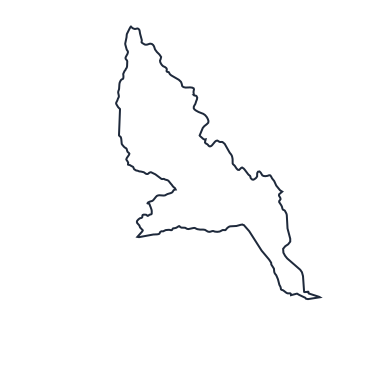 an SVG outline of Manicaland, rotated 318°
{"feature_id": "ZWE-529", "entity_name": "Manicaland", "entity_type": "Province", "adm_level": 1, "iso_a3": "ZWE", "parent_name": "Zimbabwe", "parent_adm1": "", "projection": "albers", "projection_center": [32.271, -19.29], "detail": "fine", "context": "isolated", "style": "outline", "palette": "slate", "viewbox_px": 384, "rotation_deg": 318, "n_neighbors": 0, "source": "natural_earth", "source_scale": "10m", "svg_char_len": 6058}
<svg xmlns="http://www.w3.org/2000/svg" viewBox="0 0 384 384"><g transform="rotate(318 192 192)"><path d="M260.9,37.2L259.4,39.5L256.4,45.4L255.9,46.0L255.2,46.5L254.7,47.0L254.7,47.9L255.5,50.6L255.9,51.3L257.2,52.4L260.1,53.7L261.2,55.1L261.5,56.8L261.2,58.4L259.9,61.4L259.6,64.5L259.8,68.0L259.4,71.0L257.5,72.3L256.2,72.9L255.3,74.2L254.8,75.9L254.6,77.5L254.7,79.1L255.6,81.3L255.8,82.8L255.5,83.8L254.9,84.4L254.3,84.8L253.9,85.4L254.0,86.2L254.9,87.3L254.8,88.0L254.4,89.6L254.6,91.4L257.3,99.8L257.5,102.5L257.4,103.1L256.7,104.8L256.1,105.9L255.7,106.5L255.6,107.1L255.9,108.4L257.1,110.1L260.6,113.0L262.0,114.6L262.6,116.1L262.2,117.0L260.0,118.7L258.4,121.1L258.2,121.0L258.3,121.8L259.3,123.0L259.5,123.8L259.0,125.4L257.6,126.5L255.9,127.3L254.4,128.2L253.1,128.9L251.6,129.3L250.3,129.9L249.3,131.0L249.1,132.3L249.4,134.0L250.4,136.9L252.7,141.5L253.2,143.7L253.1,146.4L252.5,148.6L251.7,150.3L250.4,151.4L248.4,151.5L245.2,151.3L242.9,151.6L235.5,155.1L235.4,155.8L235.9,160.2L236.4,161.4L237.4,162.0L236.5,162.6L235.6,163.2L234.8,163.9L234.7,164.9L235.3,166.7L235.4,167.6L235.3,168.6L235.5,169.7L236.1,170.3L236.9,170.6L238.0,170.7L242.7,170.0L244.0,170.1L244.9,170.5L245.3,170.8L245.5,171.4L245.7,172.3L246.1,173.3L246.7,174.0L247.4,174.5L248.1,175.3L248.5,178.1L246.3,188.1L246.2,190.1L245.9,191.6L245.3,192.9L244.2,194.7L241.3,198.0L241.1,198.8L241.3,201.1L240.8,204.4L240.9,206.1L241.7,207.1L243.2,207.1L244.5,207.0L245.6,207.3L246.1,209.1L246.1,210.6L245.6,216.4L245.6,217.2L245.8,218.0L245.9,219.0L245.6,219.8L245.1,220.5L244.9,221.3L245.1,223.1L246.0,224.0L247.4,224.3L249.1,224.4L250.8,224.0L253.1,221.6L254.6,221.1L255.9,221.9L256.0,223.6L255.4,226.7L256.0,228.1L257.2,229.4L258.9,230.5L260.6,231.2L261.3,232.1L261.1,233.6L260.6,235.5L260.4,238.9L258.9,243.6L258.6,249.6L259.1,251.5L259.3,252.1L255.2,252.0L254.2,252.9L253.7,255.4L253.1,256.5L251.9,256.9L250.7,257.1L250.0,257.9L249.4,261.8L249.0,263.1L248.0,265.0L247.8,265.8L247.9,266.3L248.4,267.4L248.5,268.0L247.9,270.5L247.5,271.7L246.9,272.7L238.6,283.0L233.7,292.5L231.8,294.6L228.5,295.2L225.0,294.7L221.7,295.2L219.3,298.3L218.5,301.7L218.3,305.1L220.4,322.2L220.0,325.2L218.2,328.8L208.5,341.2L208.9,342.0L210.0,342.6L210.7,343.6L211.4,343.6L211.6,343.8L211.6,344.3L211.0,345.3L210.9,345.6L216.4,355.1L216.6,355.8L206.5,349.2L205.3,347.6L205.4,346.4L202.7,339.9L202.1,337.9L201.7,337.6L196.5,334.9L197.3,333.7L197.1,332.9L195.4,331.5L195.0,330.8L194.7,330.1L194.0,326.3L193.7,325.6L193.1,324.6L193.0,323.9L194.1,322.1L194.4,321.3L194.8,319.5L197.5,314.3L198.9,310.2L199.0,308.5L199.3,307.1L200.0,305.9L201.6,303.8L202.4,299.0L203.5,297.5L204.1,293.6L204.5,282.2L208.3,259.4L208.4,251.3L207.9,250.6L207.7,249.9L206.3,249.0L202.3,247.0L197.3,243.0L196.3,242.6L195.6,242.5L195.0,242.4L193.5,242.4L191.7,242.7L191.2,242.6L190.8,242.2L190.1,241.5L189.6,241.0L189.1,240.7L186.7,240.1L185.8,239.7L184.1,238.5L183.0,237.3L182.4,236.6L181.8,235.4L181.4,235.0L180.9,234.6L178.9,233.7L178.1,233.1L177.5,232.3L177.2,231.8L176.3,228.8L175.3,227.6L172.9,225.4L171.2,223.3L170.8,222.6L170.0,220.6L169.5,220.1L168.6,219.5L165.1,217.5L164.5,217.1L163.9,216.4L163.6,215.9L163.0,214.1L162.8,213.8L160.4,211.5L160.0,210.7L159.8,210.1L159.8,209.0L159.5,208.7L159.0,208.5L157.1,208.2L156.3,208.0L155.3,207.5L154.6,207.1L153.7,206.4L153.1,206.4L151.9,206.8L151.4,206.7L150.9,206.4L149.7,204.8L149.1,204.3L147.1,202.8L146.3,202.5L144.9,202.1L144.4,202.0L144.0,201.7L143.2,200.9L142.9,200.7L142.5,200.6L141.6,200.5L141.1,200.6L140.4,201.0L140.0,201.1L139.5,201.1L138.6,200.7L137.6,200.0L134.8,197.7L122.4,190.1L121.4,188.8L128.8,188.0L129.8,187.5L129.7,183.6L130.5,181.6L130.5,178.4L130.8,177.9L130.9,177.5L131.3,177.1L132.0,176.7L134.0,176.5L135.0,176.6L135.8,176.7L136.5,177.1L137.3,177.5L137.7,177.5L138.2,177.4L138.7,177.0L139.3,176.4L139.6,176.2L140.0,176.1L140.7,176.4L141.1,176.6L142.6,178.1L142.9,178.8L142.9,179.7L143.1,180.1L143.5,180.3L144.1,180.4L145.0,180.4L145.5,180.6L146.6,181.2L147.1,181.3L147.6,181.1L149.0,179.6L149.5,179.0L150.1,178.0L151.1,175.6L151.7,173.9L152.2,172.8L152.3,172.4L152.2,172.0L152.1,171.7L151.6,171.1L151.4,170.7L151.7,170.5L152.4,170.4L154.1,170.9L156.7,172.1L158.1,172.1L161.8,171.5L163.2,171.4L164.4,171.8L165.5,172.5L168.4,175.5L169.6,176.4L172.4,177.1L175.5,178.6L177.0,179.0L177.8,178.9L179.1,178.5L179.6,178.4L180.4,178.6L181.0,178.8L181.5,179.2L181.9,177.8L181.6,175.8L181.6,174.7L181.8,173.2L181.8,171.7L182.0,168.2L181.9,167.5L181.6,166.7L181.2,166.1L180.3,164.7L179.9,163.5L179.6,163.2L178.6,162.5L178.3,162.2L178.1,161.9L178.0,161.5L176.6,154.4L174.9,150.2L174.7,149.8L174.0,149.4L173.1,149.1L171.7,149.1L170.9,148.8L170.6,148.5L170.1,147.9L169.8,146.9L169.5,145.4L169.3,144.9L167.7,142.6L166.6,141.4L165.7,139.6L164.9,138.7L164.6,137.4L164.4,137.1L164.3,136.6L164.3,136.1L164.7,135.0L165.0,134.1L164.9,133.5L164.3,132.1L164.0,130.8L163.1,129.4L162.8,128.8L163.3,128.3L164.2,127.5L164.6,126.1L164.7,125.2L164.8,124.4L165.0,123.8L165.7,123.4L166.4,123.1L169.8,122.3L170.5,122.0L171.1,121.6L171.2,120.8L171.0,119.2L171.2,118.4L172.3,116.1L172.3,115.3L172.1,115.0L171.9,114.2L171.7,112.8L171.8,110.2L171.9,109.7L172.0,109.2L174.9,105.3L175.5,104.2L175.8,103.4L175.6,102.0L175.6,101.5L175.7,101.0L193.7,82.5L194.0,82.1L194.0,81.7L193.9,80.4L193.9,79.4L194.5,76.3L194.8,75.5L195.2,75.1L195.7,74.8L197.8,74.0L199.4,73.1L201.0,72.5L201.4,72.2L201.9,71.7L202.4,70.9L203.2,69.5L203.6,68.8L204.0,68.4L204.6,67.9L206.4,66.9L207.1,66.3L210.3,63.2L211.5,62.3L212.9,61.7L213.7,61.4L214.4,61.3L214.9,61.3L215.4,61.4L216.2,61.7L216.8,61.6L217.4,61.2L218.6,60.0L219.6,58.6L220.0,58.2L222.7,57.0L224.1,56.8L225.2,56.3L226.5,56.0L227.2,55.6L228.0,55.0L231.3,51.6L231.5,51.2L231.7,50.7L231.7,50.2L231.8,48.7L232.0,48.3L232.3,47.9L232.8,47.5L235.2,46.6L236.0,46.4L237.1,45.8L237.6,45.5L238.1,45.1L238.5,44.3L238.7,42.8L238.8,42.4L241.1,37.8L241.7,37.0L246.9,33.2L248.7,31.5L249.4,31.0L255.2,28.7L256.8,28.2L257.3,28.2L257.3,29.0L257.6,30.8L258.4,32.4L259.1,33.0L260.8,33.9L261.3,34.7L261.4,36.0L260.9,37.2Z" fill="none" stroke="#1e293b" stroke-width="2"/></g></svg>